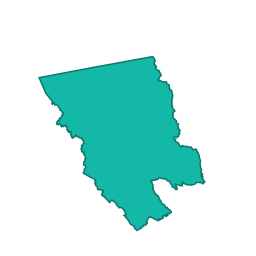 Snowy Monaro, New South Wales, Australia, rotated 143°
{"feature_id": "25037944B85069153423068", "entity_name": "Snowy Monaro", "entity_type": "district", "adm_level": 2, "iso_a3": "AUS", "parent_name": "Australia", "parent_adm1": "New South Wales", "projection": "natural_earth1", "projection_center": [149.043, -36.421], "detail": "fine", "context": "isolated", "style": "filled", "palette": "teal", "viewbox_px": 256, "rotation_deg": 143, "n_neighbors": 0, "source": "geoboundaries", "source_scale": "gbopen_adm2", "svg_char_len": 5717}
<svg xmlns="http://www.w3.org/2000/svg" viewBox="0 0 256 256"><g transform="rotate(143 128 128)"><path d="M189.2,97.1L186.0,94.1L186.0,93.7L185.6,93.1L185.7,92.7L186.4,92.9L186.3,92.0L187.3,91.9L188.0,90.9L188.9,90.9L188.8,90.5L189.2,90.2L188.6,89.3L189.1,88.8L188.1,87.9L188.4,87.1L187.8,83.3L187.8,80.7L187.3,79.4L185.5,80.4L184.2,79.8L184.0,79.1L183.5,79.2L183.6,78.5L183.3,76.7L182.8,75.8L182.8,75.3L183.3,74.5L183.0,73.7L183.3,73.3L183.1,72.8L183.5,71.7L182.7,70.5L183.1,69.6L182.2,69.4L181.4,68.6L180.4,65.8L180.9,64.7L180.5,64.3L180.6,63.7L180.3,63.3L181.3,62.4L181.4,61.6L181.1,61.1L181.4,60.5L182.3,60.2L183.8,60.6L183.3,58.7L183.8,57.9L183.2,57.1L183.1,56.0L183.5,54.8L183.3,53.3L183.7,51.9L183.8,49.6L183.1,47.8L182.6,47.3L182.1,45.5L183.0,44.7L182.6,40.9L177.6,40.1L177.5,41.0L174.8,40.2L174.7,40.7L173.1,40.9L172.8,40.8L172.9,40.5L171.9,40.3L171.9,39.9L171.4,40.2L171.5,40.4L170.1,40.2L169.8,40.4L170.2,40.9L169.9,41.0L169.9,41.9L169.7,41.8L165.5,44.1L163.9,43.8L164.0,43.3L163.3,43.2L160.5,37.1L159.5,37.0L159.7,35.8L157.9,35.7L157.7,36.4L157.2,36.4L157.2,35.5L154.4,35.0L154.3,35.6L153.5,35.5L153.3,36.7L152.5,36.7L151.6,36.6L151.3,35.4L151.1,35.8L150.6,35.7L150.5,35.0L150.0,34.9L150.1,34.5L149.2,34.3L149.6,35.8L148.1,35.7L148.1,35.2L146.9,35.0L146.7,35.2L146.6,34.8L144.4,34.5L143.8,35.1L143.9,37.5L144.4,38.2L144.6,41.0L145.4,41.1L145.5,41.9L145.3,45.4L146.2,46.1L146.1,46.7L146.6,47.4L145.7,49.4L146.1,50.5L145.7,51.0L145.8,51.8L144.9,55.1L145.2,55.6L145.0,56.0L145.5,56.4L145.2,57.5L145.8,57.8L145.5,58.7L145.9,59.3L145.6,59.8L145.8,60.5L145.4,60.8L145.2,61.6L145.0,62.8L145.4,64.0L144.3,64.5L143.4,66.2L142.5,67.2L142.2,68.7L142.3,69.1L141.4,70.3L141.9,70.8L141.7,71.6L140.9,72.3L139.8,71.3L139.2,71.4L138.8,70.7L137.9,70.0L136.7,70.3L136.6,69.6L134.6,69.2L133.3,69.7L131.4,67.3L130.7,67.0L130.5,66.5L129.6,65.7L129.6,65.3L128.6,64.8L128.1,62.8L128.4,62.2L127.6,61.6L127.5,60.9L126.6,60.0L127.6,58.3L127.3,55.8L128.1,54.2L127.7,53.5L127.2,53.5L126.7,51.9L127.1,50.9L126.4,49.7L125.8,49.4L125.3,50.1L124.9,51.2L124.5,51.5L124.8,52.1L124.3,53.3L124.4,54.2L123.8,54.5L123.8,53.7L122.0,52.4L120.8,50.1L119.9,50.0L119.2,49.3L118.8,50.6L118.2,50.4L117.2,51.8L115.8,48.1L115.0,47.7L114.5,46.3L113.4,46.0L111.6,44.1L107.8,42.9L106.5,43.3L104.8,42.5L103.8,41.7L103.5,41.0L102.9,40.9L101.9,39.3L102.1,38.7L101.4,38.3L99.0,38.9L99.0,39.6L99.5,40.3L99.0,41.0L99.0,42.2L98.7,42.5L99.0,43.3L98.6,43.8L98.4,43.5L97.8,43.9L98.1,44.1L97.8,44.7L98.2,45.4L96.9,45.7L97.8,46.4L97.4,46.8L96.9,46.6L96.8,47.0L96.6,46.7L96.4,46.9L96.3,47.6L96.6,48.5L96.2,48.4L96.0,49.3L94.3,50.4L93.9,52.5L93.3,53.9L92.5,54.7L92.1,56.4L91.3,56.6L89.9,58.2L89.0,60.6L89.2,61.5L88.2,62.1L87.6,63.4L87.5,64.9L87.0,65.5L87.3,65.8L87.4,66.8L86.9,67.1L86.3,69.9L87.0,70.7L88.5,70.9L89.2,71.7L89.0,74.7L89.5,75.1L90.3,75.2L90.7,76.2L91.3,76.6L91.6,77.6L93.1,78.2L93.4,79.1L94.3,79.5L95.1,80.3L94.8,80.9L95.0,81.2L96.8,81.1L97.1,81.3L97.3,81.7L97.0,83.0L97.3,83.7L96.7,85.7L98.2,88.5L97.7,89.6L96.6,90.4L97.6,91.0L97.8,91.7L97.4,92.9L96.6,92.9L94.7,91.8L94.2,91.0L93.8,91.2L93.0,90.9L91.1,92.3L90.6,92.1L90.2,92.4L89.8,93.0L90.0,93.8L89.2,94.4L88.2,94.4L87.7,95.3L88.0,95.7L88.0,96.7L88.4,97.3L87.6,97.8L86.5,100.3L85.4,100.9L86.1,101.3L86.3,101.9L86.1,103.7L85.3,103.8L85.1,104.5L85.4,107.2L86.0,107.9L85.7,109.8L85.2,110.4L84.3,110.5L83.8,112.1L83.4,112.2L82.6,113.5L80.5,113.2L80.1,114.5L80.6,115.3L80.4,116.3L80.5,117.3L80.1,117.4L79.8,117.9L80.0,119.0L79.1,119.1L78.6,120.9L78.1,121.1L77.8,122.2L77.3,122.5L76.9,122.4L76.5,123.8L75.7,124.2L75.3,125.0L74.6,124.9L74.3,126.0L73.3,126.9L72.9,126.7L72.7,127.5L72.2,128.1L70.7,131.5L70.6,132.0L71.6,132.3L71.2,133.6L71.3,134.8L70.7,134.8L70.2,136.5L70.3,136.9L69.5,137.1L69.2,137.9L70.5,139.9L69.5,141.7L71.2,142.3L71.4,143.4L72.0,143.6L72.9,144.5L73.8,146.6L75.0,147.5L74.3,148.0L74.5,149.1L73.1,149.0L71.7,150.1L70.2,149.8L69.5,150.8L69.2,153.5L68.6,155.1L69.3,155.5L69.8,157.1L70.0,158.1L69.7,159.8L68.5,159.8L68.3,161.6L68.7,162.4L68.1,163.4L68.0,164.3L65.8,165.2L65.8,166.1L65.3,167.1L65.2,170.1L118.7,197.0L168.7,221.7L172.7,205.3L172.4,194.8L174.2,193.2L174.1,192.5L172.1,192.7L172.4,191.6L172.1,190.7L172.5,190.4L171.0,189.7L170.8,188.6L170.4,187.9L171.0,186.2L171.0,183.5L171.5,182.9L170.8,181.9L171.0,180.9L170.7,180.6L171.0,180.2L170.8,179.9L171.0,179.0L170.6,178.5L171.3,178.2L172.6,178.5L173.3,177.1L173.9,177.4L174.1,177.0L174.9,176.7L176.9,177.0L176.9,176.1L178.1,175.5L178.9,176.2L179.5,176.0L179.5,175.6L181.8,175.3L181.8,174.7L182.5,173.6L181.8,172.6L180.2,172.4L179.8,171.3L180.4,169.7L180.3,169.0L179.1,169.5L178.6,168.0L178.1,168.3L176.3,168.0L176.0,167.6L176.0,167.3L176.8,166.6L176.1,165.4L177.8,163.3L177.8,162.4L177.3,162.4L177.3,161.5L178.0,160.9L178.0,160.3L177.0,160.1L176.7,159.4L176.1,159.2L176.8,158.8L177.2,157.9L177.8,157.6L177.5,156.6L177.9,156.0L177.5,155.7L178.0,154.8L178.4,154.7L178.2,154.2L178.4,154.1L178.0,153.7L178.1,153.1L177.5,153.1L176.3,153.4L175.6,153.0L174.0,153.6L173.5,152.7L173.9,152.2L173.8,151.7L172.5,150.6L172.8,149.9L172.2,148.4L170.7,147.4L171.5,146.5L171.6,145.3L171.4,145.2L171.2,144.0L172.3,142.8L172.3,142.2L173.2,142.4L175.1,141.6L175.6,141.9L175.6,141.4L176.2,141.0L176.4,140.1L177.0,139.9L177.6,140.1L178.2,139.0L178.0,138.2L178.7,137.9L179.1,137.3L178.7,135.2L177.8,135.2L178.4,134.4L178.4,133.9L179.3,133.2L178.9,132.6L179.0,131.9L180.2,129.0L180.8,128.6L181.4,128.9L181.5,128.4L182.7,127.6L184.0,127.4L184.3,126.2L185.4,125.6L185.6,124.9L184.9,124.3L185.2,121.9L187.9,121.2L189.6,119.3L190.5,119.2L190.8,118.8L187.4,110.8L185.0,106.2L186.0,106.1L186.4,105.4L186.0,104.1L187.9,103.7L187.9,102.0L188.4,101.4L188.0,99.4L188.2,99.2L188.4,98.0L188.9,97.9L189.2,97.1Z" fill="#14b8a6" stroke="#0f766e" stroke-width="1.5"/></g></svg>